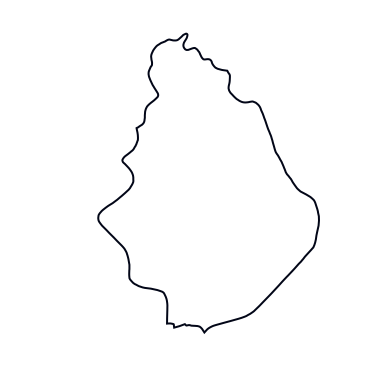 Thuy Nguyen, Hải Phòng, Vietnam, rotated 45°
{"feature_id": "81297802B48433290328639", "entity_name": "Thuy Nguyen", "entity_type": "district", "adm_level": 2, "iso_a3": "VNM", "parent_name": "Vietnam", "parent_adm1": "Hải Phòng", "projection": "natural_earth1", "projection_center": [106.641, 20.943], "detail": "fine", "context": "isolated", "style": "outline", "palette": "ink", "viewbox_px": 384, "rotation_deg": 45, "n_neighbors": 0, "source": "geoboundaries", "source_scale": "gbopen_adm2", "svg_char_len": 5851}
<svg xmlns="http://www.w3.org/2000/svg" viewBox="0 0 384 384"><g transform="rotate(45 192 192)"><path d="M142.1,264.1L141.7,267.4L141.6,269.3L141.7,270.6L141.8,272.0L142.0,273.2L142.4,274.5L143.3,275.7L144.2,276.8L145.2,277.6L145.6,277.9L146.5,278.4L147.9,278.8L149.8,279.1L152.2,279.4L155.4,279.4L158.8,279.4L162.2,279.5L165.2,279.5L169.2,279.5L173.4,279.6L177.8,279.6L180.2,279.6L182.5,279.7L184.4,279.9L187.4,280.7L188.8,281.2L189.9,281.8L191.3,282.5L192.5,283.2L193.2,283.6L194.5,284.4L197.9,286.8L199.2,287.7L202.3,290.8L203.2,291.9L203.5,292.2L205.1,293.9L206.2,295.0L207.2,295.9L208.3,296.8L208.8,297.2L209.6,297.5L210.8,297.7L212.2,297.8L214.5,297.9L216.5,297.6L217.9,297.1L220.9,296.2L224.5,294.4L226.4,293.2L231.3,289.4L236.9,285.8L239.9,284.3L241.7,283.5L243.2,283.3L244.2,283.5L247.4,284.6L249.5,285.6L251.1,286.6L253.2,288.2L254.7,289.5L258.2,293.1L263.7,298.9L267.4,302.7L268.7,301.2L269.7,300.2L271.6,298.9L272.4,298.5L272.7,298.5L275.3,300.5L278.0,295.7L280.4,290.5L281.6,290.5L282.4,290.4L282.9,289.8L283.6,288.7L284.6,287.7L286.0,287.0L287.7,285.5L288.8,284.5L290.8,282.8L292.6,281.8L294.3,281.6L296.1,281.7L300.1,282.6L300.0,280.3L299.9,278.7L300.0,277.4L300.2,276.2L300.5,275.0L301.1,273.1L301.7,271.6L302.3,270.4L303.4,268.4L307.7,260.8L310.3,256.3L314.4,249.0L316.0,246.0L317.4,243.0L318.1,241.3L318.6,239.3L319.3,237.0L319.5,235.9L319.9,233.8L320.1,232.3L320.1,230.8L320.2,224.9L320.1,219.9L320.0,212.6L319.9,207.4L319.7,202.1L319.5,196.8L319.2,191.2L319.1,188.3L319.0,185.0L319.0,183.1L318.7,173.9L318.3,167.5L318.3,165.7L318.3,164.0L318.1,162.4L318.0,160.8L317.6,157.9L317.5,155.9L317.3,151.4L317.2,148.9L317.1,147.5L317.0,145.4L316.0,142.9L314.8,140.6L313.1,137.9L310.7,134.7L308.6,131.5L305.3,126.3L302.0,122.4L298.8,119.4L295.8,117.5L294.6,116.6L292.5,115.4L287.0,112.6L285.8,112.1L284.1,111.6L282.0,111.6L279.3,111.8L274.5,113.0L271.6,113.9L268.4,114.9L265.3,115.1L263.6,115.1L259.8,114.5L256.5,113.9L253.0,112.9L250.0,112.6L249.7,112.5L248.5,112.4L246.6,112.3L244.3,111.7L243.5,111.3L241.3,110.3L240.0,109.8L238.7,109.2L236.7,108.4L235.4,107.9L234.2,107.4L233.1,107.1L231.5,106.7L229.6,106.1L227.8,105.6L227.1,105.4L226.0,105.2L224.7,105.0L223.5,104.7L222.6,104.4L222.0,104.1L220.8,103.5L219.7,102.9L217.6,101.7L216.3,101.0L214.3,99.9L212.5,98.8L210.4,97.7L208.6,96.7L207.0,96.0L205.9,95.6L204.2,94.8L202.9,94.3L201.4,93.7L199.5,92.8L198.3,92.2L195.9,91.0L193.5,89.8L192.2,89.2L190.8,88.6L189.0,87.7L186.4,86.5L184.5,85.8L182.9,85.2L181.8,84.6L180.8,84.2L179.6,83.8L178.4,83.6L177.5,83.5L176.7,83.5L175.5,83.6L174.2,83.7L173.3,84.0L172.7,84.3L171.7,84.7L171.1,85.0L170.6,85.4L170.0,86.2L169.2,87.3L168.6,88.3L167.7,89.5L166.5,90.9L165.5,91.8L164.7,92.4L163.5,93.1L162.0,93.7L160.6,94.1L159.0,94.4L157.8,94.7L155.4,94.8L153.8,94.8L151.4,94.7L150.7,94.7L149.8,94.7L148.7,94.6L147.2,94.2L146.5,94.0L146.0,93.7L144.8,93.0L144.3,92.6L143.9,92.1L143.2,91.3L142.5,90.2L141.7,88.9L140.8,87.6L139.8,86.4L137.6,84.0L136.7,83.1L136.2,82.7L135.6,82.4L135.1,82.2L134.2,82.2L133.7,82.0L133.2,81.9L132.7,81.8L132.1,81.6L131.2,81.3L128.4,83.4L126.9,84.5L125.0,85.6L122.7,86.9L121.7,87.1L120.8,87.5L120.2,87.5L119.2,87.5L118.1,87.4L116.8,87.2L115.7,86.9L114.7,86.5L113.7,85.9L112.6,85.6L111.7,85.6L110.7,85.8L109.4,86.7L108.6,87.6L107.8,88.7L106.9,89.7L106.1,90.1L104.5,90.1L103.1,89.8L101.7,89.3L100.6,88.9L100.2,88.8L100.0,88.7L99.7,88.5L99.3,88.4L98.2,88.0L97.0,87.9L95.1,87.6L94.2,87.7L93.6,87.8L92.9,87.9L92.3,88.1L91.8,88.5L91.2,89.3L90.7,90.2L89.9,91.9L88.9,94.1L88.6,94.5L88.1,95.0L87.6,95.5L87.0,95.7L86.3,95.9L86.0,95.9L85.6,95.8L85.1,95.8L84.7,95.7L84.2,95.6L83.9,95.5L83.5,95.3L83.1,95.1L82.7,94.8L82.3,94.5L81.9,94.0L81.6,93.7L81.4,93.3L81.1,92.8L80.8,92.2L80.6,91.8L80.5,91.2L80.3,90.6L80.1,89.6L79.9,88.8L79.7,88.0L79.6,87.5L79.4,86.9L79.2,86.5L78.9,85.9L78.6,85.3L78.3,84.9L78.0,84.5L77.8,84.2L77.4,83.9L77.0,83.8L76.7,83.8L76.3,83.9L76.1,84.1L75.8,84.3L75.6,84.8L75.4,85.3L75.1,86.2L74.8,87.0L74.8,87.7L74.8,89.7L74.7,91.4L74.6,93.3L74.3,94.8L74.0,95.4L73.4,96.3L72.8,96.9L72.2,97.5L71.4,98.2L70.4,98.8L69.8,99.2L69.1,99.6L68.6,99.9L68.0,100.4L67.5,101.2L67.2,101.9L66.9,102.9L66.7,103.7L66.6,104.3L66.4,104.9L65.9,106.0L65.4,107.2L65.0,108.0L64.7,108.9L64.4,110.5L64.1,111.8L63.9,112.6L63.8,113.6L63.8,114.5L63.9,115.7L64.1,117.3L64.4,119.0L64.7,120.0L64.9,120.5L65.6,122.4L66.3,123.8L67.2,125.0L67.9,125.6L68.8,126.3L69.9,127.2L71.1,127.9L72.2,128.7L73.1,129.6L73.8,130.4L74.1,131.0L74.2,131.6L74.3,132.4L74.5,133.2L75.0,134.4L75.8,136.4L76.4,137.6L77.2,138.6L78.1,139.5L78.7,139.9L79.8,140.7L80.8,141.2L82.2,141.8L83.3,142.3L86.3,143.4L88.9,144.3L90.0,144.5L91.9,145.0L94.2,145.5L97.7,146.3L98.5,146.6L99.1,147.0L99.6,147.4L100.0,147.9L100.4,148.8L100.5,149.4L100.5,150.1L100.5,151.2L100.4,153.8L100.3,154.7L100.1,156.4L99.9,157.8L99.7,160.2L99.7,161.1L99.7,162.1L99.8,163.4L100.1,164.3L100.3,165.0L100.7,166.0L101.4,167.3L102.1,168.4L102.8,169.2L103.3,169.8L104.5,171.2L106.1,172.8L107.4,174.5L108.1,175.4L108.6,176.3L109.0,177.5L109.1,178.1L109.1,179.1L109.1,179.9L108.7,181.4L108.4,182.8L108.2,184.2L108.0,185.0L107.7,185.6L107.6,186.0L109.2,187.1L111.4,188.5L113.4,190.0L115.5,191.9L116.6,193.1L117.1,193.7L117.5,194.8L118.0,195.7L118.5,196.9L119.0,197.8L119.2,198.7L119.6,199.6L119.7,200.5L120.1,201.9L120.4,203.0L120.5,203.8L120.5,205.0L120.3,206.5L120.3,207.2L119.9,210.7L119.5,213.4L119.4,214.3L119.4,215.4L119.5,216.3L119.8,217.7L120.1,218.5L120.6,219.0L121.3,219.4L122.1,219.7L123.5,219.7L124.7,219.6L128.7,219.7L130.9,219.8L133.5,220.2L135.0,220.5L136.5,221.0L138.6,222.0L140.2,223.2L141.5,224.5L142.8,225.7L143.4,226.5L144.0,227.9L144.3,228.8L144.6,229.8L144.9,231.2L145.2,232.3L145.4,233.1L145.5,234.1L145.6,235.2L145.5,237.5L145.4,240.1L145.1,244.6L144.9,246.5L144.8,247.7L144.6,250.3L144.3,252.3L143.8,255.9L142.9,259.6L142.5,261.5L142.1,264.1Z" fill="none" stroke="#020617" stroke-width="2"/></g></svg>